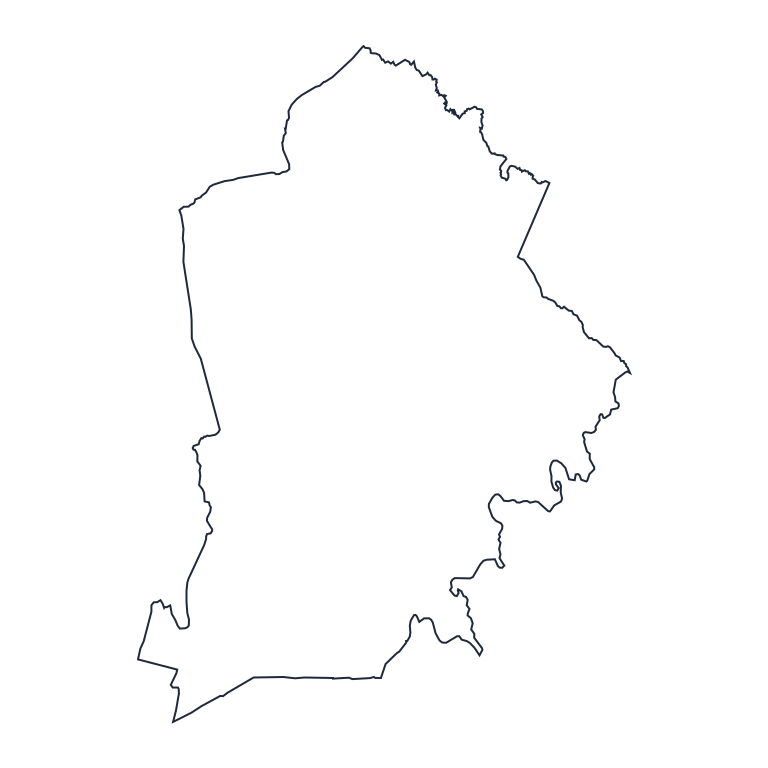 Kompienga, Kompienga, Burkina Faso
{"feature_id": "67063806B63358793036390", "entity_name": "Kompienga", "entity_type": "district", "adm_level": 2, "iso_a3": "BFA", "parent_name": "Burkina Faso", "parent_adm1": "Kompienga", "projection": "equal_earth", "projection_center": [0.936, 11.436], "detail": "fine", "context": "isolated", "style": "outline", "palette": "slate", "viewbox_px": 768, "rotation_deg": 0, "n_neighbors": 0, "source": "geoboundaries", "source_scale": "gbopen_adm2", "svg_char_len": 6069}
<svg xmlns="http://www.w3.org/2000/svg" viewBox="0 0 768 768"><path d="M179.4,210.1L181.3,215.4L183.5,228.9L182.8,238.8L184.0,246.0L183.4,261.8L190.8,309.3L191.6,319.9L191.8,338.4L194.6,346.5L200.8,358.7L219.8,429.7L218.3,432.4L215.5,434.7L209.1,436.0L207.1,435.7L205.1,436.9L204.1,436.6L202.6,438.5L201.4,438.1L199.7,440.7L198.6,444.3L193.7,445.9L192.7,448.0L193.5,449.7L195.0,449.8L196.5,452.5L197.5,455.3L197.3,461.4L200.6,465.8L199.6,470.3L200.3,475.7L199.1,485.0L202.6,489.4L204.1,492.9L204.6,501.4L209.0,502.4L209.7,505.5L210.9,507.3L210.2,511.8L207.2,517.7L206.9,520.8L212.1,529.3L212.2,530.7L210.7,533.3L207.0,534.1L206.1,536.6L206.1,539.1L204.2,545.0L188.6,578.6L187.4,582.4L186.5,590.5L186.5,601.7L187.3,613.0L189.0,619.6L188.8,625.4L187.7,627.0L185.6,628.2L179.9,628.6L177.6,625.6L175.4,620.2L171.8,614.0L170.2,605.4L166.7,607.2L164.6,607.1L164.1,607.9L162.7,603.8L160.5,600.2L157.1,602.2L153.7,602.3L151.4,605.3L151.4,611.7L143.7,641.3L140.4,648.5L138.0,659.4L177.2,669.6L176.4,673.2L170.8,684.9L172.7,687.5L177.9,687.5L178.7,689.0L178.9,693.6L176.0,710.4L173.1,721.9L191.4,712.7L201.7,706.0L220.1,696.0L223.1,696.1L227.6,692.7L253.6,677.5L283.3,677.0L295.2,678.3L304.3,677.5L333.0,678.0L333.0,678.6L349.1,677.7L352.3,679.1L369.9,678.1L373.9,677.0L375.1,677.9L380.9,678.0L385.6,664.0L397.0,653.0L399.2,651.7L406.2,642.6L406.1,641.0L407.3,640.9L409.7,636.8L410.4,632.5L409.8,625.8L410.7,620.7L414.0,615.1L415.5,614.9L416.8,616.2L419.3,621.9L424.2,618.3L429.2,618.3L431.2,619.8L432.8,622.6L435.6,633.3L439.5,640.4L442.1,642.5L446.1,642.8L456.9,636.3L459.3,636.2L461.7,639.7L466.8,641.1L469.9,643.0L474.5,647.8L479.5,655.3L482.4,649.9L482.0,648.1L474.2,637.8L474.3,633.8L471.2,629.5L472.7,623.2L470.9,618.2L467.7,615.5L467.7,613.6L469.5,608.9L466.7,605.3L467.7,599.8L466.0,596.9L463.6,596.1L461.4,591.3L458.1,589.3L457.8,590.4L458.6,593.0L456.8,596.1L454.5,595.5L450.0,590.1L451.8,587.4L450.9,582.3L452.3,579.8L454.7,578.1L470.1,578.4L472.9,577.0L480.3,564.3L483.5,560.7L487.0,559.7L494.9,559.3L497.8,565.9L499.5,567.6L502.2,567.8L504.3,565.6L499.5,558.1L500.5,554.2L499.1,549.1L500.5,542.8L498.5,539.6L500.0,536.7L499.0,534.5L502.1,528.9L502.4,525.7L501.0,523.3L495.9,520.8L492.4,517.0L488.8,507.1L488.9,503.9L492.5,497.6L495.3,494.6L498.2,494.3L500.6,496.2L504.0,500.8L508.5,501.1L512.6,500.0L514.8,500.4L516.8,502.4L519.7,502.6L523.4,501.2L527.2,501.0L530.1,502.7L535.5,501.4L538.1,502.0L548.2,511.2L550.0,511.4L554.2,505.4L560.9,501.6L562.1,498.7L560.7,492.4L561.0,485.9L559.4,481.8L556.9,481.5L555.8,482.6L555.9,484.3L558.7,488.1L557.3,490.6L554.9,490.1L553.1,487.5L551.4,481.5L551.5,476.1L550.1,469.8L550.3,466.7L551.8,462.6L553.5,460.7L556.9,460.6L561.3,463.3L565.4,467.9L569.1,479.3L574.7,480.2L575.7,474.5L577.9,474.0L579.6,475.3L581.2,479.7L586.4,481.5L587.2,480.8L589.5,474.0L594.2,469.4L594.2,467.2L589.7,459.1L589.8,453.7L587.0,451.5L584.1,442.0L584.6,439.2L582.8,435.2L583.8,432.8L585.4,432.1L591.4,433.0L594.0,432.0L595.9,429.9L595.5,426.7L599.7,420.2L599.2,416.4L600.6,414.2L602.1,414.4L603.4,417.8L604.7,418.1L610.0,414.4L611.2,409.6L617.7,408.2L618.9,406.0L618.5,403.4L615.4,401.4L615.1,397.3L613.5,392.2L615.8,379.6L625.2,372.5L627.4,371.5L630.0,373.0L627.5,367.3L626.1,366.2L626.1,364.3L624.4,363.1L623.7,361.0L621.1,361.1L619.6,357.5L615.6,355.4L614.7,353.5L610.1,347.4L607.9,346.2L606.2,346.9L603.3,346.6L596.4,340.1L593.3,339.9L591.7,338.1L589.0,338.3L584.0,332.2L582.7,327.4L582.8,324.9L581.4,321.8L579.4,320.3L577.0,315.6L573.5,314.3L571.9,311.0L568.7,310.6L564.0,306.7L562.2,308.3L560.9,308.2L559.4,306.3L557.4,306.0L555.4,302.6L553.5,300.9L548.0,298.8L546.5,297.5L543.8,297.3L542.3,296.3L540.4,287.7L536.4,280.6L534.1,274.9L523.9,259.8L520.4,258.7L517.8,256.8L549.4,183.0L545.4,181.0L542.4,182.5L541.7,182.0L540.7,183.5L537.8,183.1L534.7,179.4L532.7,178.8L532.5,177.6L533.2,175.7L530.9,173.3L531.3,174.2L530.9,174.7L529.9,173.1L529.0,173.8L527.9,171.4L526.0,171.3L524.9,170.2L521.9,171.6L521.6,170.2L520.2,170.0L519.5,168.0L517.7,168.9L515.1,166.6L511.5,165.8L509.8,166.5L507.4,171.1L507.5,172.8L508.3,173.3L508.4,177.4L507.0,180.0L506.3,180.3L505.3,178.7L501.7,177.6L500.6,175.4L501.1,174.5L500.5,172.9L501.1,172.3L501.2,170.8L499.9,169.6L500.5,166.3L506.4,158.9L505.3,156.9L503.6,156.6L503.3,155.5L497.2,155.0L494.7,154.0L494.6,153.4L491.9,153.7L489.8,151.4L488.3,146.5L487.4,146.1L486.3,142.8L483.4,139.9L482.2,134.6L481.1,132.4L480.2,132.0L480.1,130.8L480.6,129.5L480.1,127.9L481.8,128.6L482.6,125.5L481.4,122.1L481.5,118.5L482.7,117.0L481.2,114.4L483.1,113.0L482.9,111.0L481.7,109.4L477.1,108.9L476.1,107.3L474.6,106.7L469.6,109.4L468.6,108.6L467.1,109.1L466.7,110.8L464.7,111.4L464.8,113.1L462.6,113.7L459.4,118.3L457.9,116.8L458.1,115.8L456.9,115.7L455.5,114.0L454.3,114.5L453.7,113.9L454.2,112.4L455.1,112.2L454.1,109.9L452.9,109.9L453.1,111.6L452.4,112.3L452.4,111.3L450.4,109.2L449.2,111.6L447.3,110.1L445.9,110.1L445.0,107.9L446.3,105.4L444.2,103.5L444.9,102.7L446.2,104.1L446.6,103.6L446.2,102.5L446.8,102.0L444.3,97.5L445.7,95.8L444.1,95.2L443.2,96.3L441.5,94.9L439.2,95.4L439.3,93.5L437.4,92.5L438.2,91.7L437.8,90.4L435.9,90.5L436.8,88.0L435.8,84.7L436.8,82.4L436.2,81.7L436.7,79.7L434.8,78.6L433.9,79.5L432.5,79.5L432.1,77.0L430.6,75.1L429.3,75.2L427.6,72.7L426.2,74.4L422.4,76.1L418.9,70.7L416.7,69.9L415.3,67.7L413.9,61.5L411.2,64.8L410.2,64.3L409.3,62.0L405.0,59.8L395.8,65.6L394.5,64.6L393.2,61.8L390.9,63.6L388.0,61.4L385.2,62.7L383.1,59.5L382.0,59.9L379.4,55.1L375.9,53.5L371.3,53.2L370.7,52.8L370.6,50.3L369.6,48.3L365.1,47.8L363.6,46.1L362.7,46.7L352.8,58.2L332.4,77.2L325.1,81.8L323.8,81.9L319.7,85.8L315.6,86.9L301.9,95.0L296.8,99.0L291.7,104.7L288.5,111.2L289.0,117.9L288.1,119.9L287.0,120.4L285.7,128.9L285.0,128.7L285.8,133.2L283.8,135.7L283.0,141.4L282.2,142.4L283.1,149.8L289.1,164.2L289.3,169.1L286.4,171.5L282.5,172.1L279.4,174.0L276.1,174.2L274.1,172.8L271.3,172.6L238.2,178.1L233.0,179.9L224.7,181.1L213.3,184.7L209.7,186.8L206.1,192.5L201.6,195.8L200.7,197.3L195.2,199.4L194.5,202.3L193.5,203.6L190.4,204.8L188.6,206.6L183.7,206.8L179.4,210.1Z" fill="none" stroke="#1e293b" stroke-width="2"/></svg>